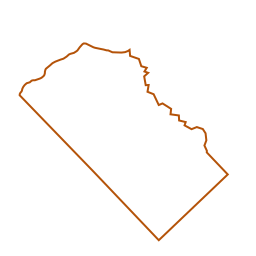 outline of Clinton, Iowa, United States of America, rotated 226°
{"feature_id": "52423323B69668368996820", "entity_name": "Clinton", "entity_type": "district", "adm_level": 2, "iso_a3": "USA", "parent_name": "United States of America", "parent_adm1": "Iowa", "projection": "orthographic", "projection_center": [-90.349, 41.881], "detail": "fine", "context": "isolated", "style": "outline", "palette": "amber", "viewbox_px": 256, "rotation_deg": 226, "n_neighbors": 0, "source": "geoboundaries", "source_scale": "gbopen_adm2", "svg_char_len": 1130}
<svg xmlns="http://www.w3.org/2000/svg" viewBox="0 0 256 256"><g transform="rotate(226 128 128)"><path d="M25.7,103.9L25.3,167.5L55.7,167.7L56.8,168.9L62.3,170.8L64.7,175.8L70.3,180.1L75.3,181.1L80.9,178.1L83.0,172.9L90.6,170.5L92.2,173.6L97.9,170.0L101.7,173.3L108.3,168.1L111.8,172.3L121.7,169.9L123.2,166.1L134.5,169.9L140.5,167.2L144.6,172.7L146.5,170.5L153.9,175.5L153.7,180.8L157.2,179.1L158.3,183.3L163.2,180.5L170.1,183.8L178.4,179.6L183.1,183.4L183.4,181.5L184.6,178.6L186.8,175.7L193.3,169.4L197.5,167.7L198.8,166.5L201.5,164.9L203.2,163.7L208.6,160.0L210.1,159.2L217.9,156.4L219.5,155.0L219.8,154.1L219.9,153.2L219.6,149.3L218.9,145.5L219.0,144.3L219.5,141.8L219.6,141.3L221.4,138.0L221.9,136.6L222.0,133.5L222.7,129.7L224.0,127.1L226.2,121.9L227.1,118.7L227.2,115.5L227.6,110.6L227.6,109.9L227.3,109.1L226.2,107.3L225.2,106.3L224.3,104.8L224.0,103.4L224.2,100.7L224.8,98.9L227.0,94.2L228.4,92.7L229.0,91.6L229.1,89.1L230.6,86.2L230.7,83.6L230.4,81.5L229.7,79.4L228.5,77.5L228.2,76.6L228.1,75.1L227.7,74.1L227.6,73.7L226.8,72.8L120.3,72.9L25.9,72.2L25.7,103.9Z" fill="none" stroke="#b45309" stroke-width="2"/></g></svg>